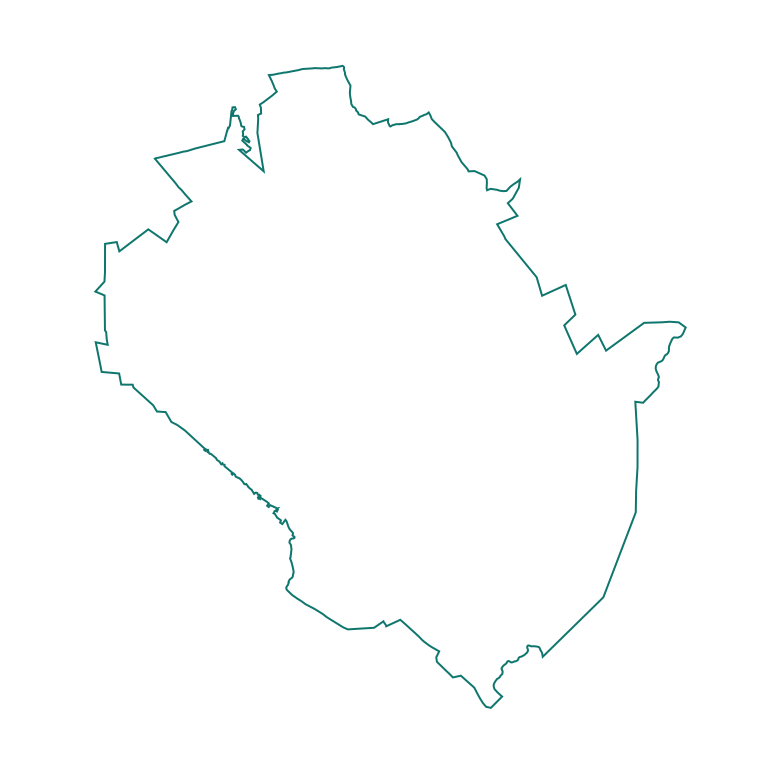 outline of Huitiupán, Chiapas, Mexico, rotated 5°
{"feature_id": "50627088B98108453745157", "entity_name": "Huitiupán", "entity_type": "district", "adm_level": 2, "iso_a3": "MEX", "parent_name": "Mexico", "parent_adm1": "Chiapas", "projection": "natural_earth1", "projection_center": [-92.702, 17.241], "detail": "fine", "context": "isolated", "style": "outline", "palette": "teal", "viewbox_px": 768, "rotation_deg": 5, "n_neighbors": 0, "source": "geoboundaries", "source_scale": "gbopen_adm2", "svg_char_len": 6124}
<svg xmlns="http://www.w3.org/2000/svg" viewBox="0 0 768 768"><g transform="rotate(5 384 384)"><path d="M646.0,489.9L644.5,468.9L643.8,444.7L641.5,417.8L635.9,379.8L643.8,380.1L645.7,377.6L650.1,372.4L653.0,368.7L656.3,364.8L657.6,362.7L657.7,358.5L657.5,357.6L656.8,356.7L656.6,356.0L656.7,355.0L657.2,353.5L657.0,352.4L655.8,350.1L654.3,347.6L653.3,345.0L653.3,342.5L654.0,340.4L655.1,338.8L658.4,337.1L659.5,336.0L660.5,333.8L660.9,332.3L661.5,331.1L662.4,330.2L663.4,329.6L664.2,328.4L664.9,326.5L664.7,322.8L664.8,321.3L665.9,317.7L667.2,314.1L668.6,312.4L670.0,312.3L672.7,312.2L675.6,310.7L677.4,308.0L679.6,301.4L672.2,296.9L663.0,297.1L655.6,298.3L637.8,300.4L602.3,331.4L593.1,316.4L573.5,337.2L558.4,309.9L568.6,298.2L556.4,269.5L533.8,282.3L526.8,264.4L492.3,229.0L491.0,226.5L482.8,215.0L502.3,204.8L491.6,193.1L496.1,188.2L501.2,176.8L501.7,168.3L499.5,170.7L495.7,173.7L492.6,176.5L489.2,181.0L485.9,181.5L482.2,181.3L479.9,180.7L473.1,180.3L469.8,182.0L469.4,180.7L469.1,179.5L469.0,175.0L468.5,171.0L466.0,167.6L455.7,164.0L449.8,164.8L448.5,162.7L441.9,156.2L437.4,149.5L436.3,147.3L430.8,141.2L429.9,138.2L428.7,136.2L426.5,132.7L422.8,127.7L419.9,125.3L411.3,118.4L408.5,115.9L407.0,112.8L404.9,109.6L402.6,111.7L400.4,112.5L399.1,113.5L396.4,114.7L395.2,116.5L393.6,117.8L388.9,120.0L386.0,121.1L383.3,122.4L378.5,123.6L377.4,123.5L376.3,124.0L375.0,123.9L373.3,124.2L369.8,125.5L369.2,126.0L367.8,126.9L367.5,126.8L366.9,126.1L365.4,123.4L365.0,122.1L365.1,119.9L350.4,126.1L348.2,124.3L344.9,122.0L342.0,119.2L335.9,117.8L335.0,117.3L334.6,115.8L332.4,114.0L332.1,112.7L330.6,111.1L329.0,110.7L327.1,108.1L326.4,104.5L325.6,101.9L324.6,97.2L324.6,89.7L321.3,84.8L319.3,81.3L318.1,78.8L318.2,77.8L316.5,73.8L316.8,72.7L316.4,71.6L315.1,70.7L309.6,72.3L303.8,73.5L302.4,74.2L301.2,74.4L298.7,74.5L297.6,74.5L294.7,75.0L286.7,75.4L286.0,75.7L276.1,77.2L274.2,77.7L271.6,78.7L259.2,82.2L256.7,82.6L255.0,83.2L251.4,84.1L246.9,85.5L242.4,86.3L244.5,89.7L244.5,90.0L245.7,91.7L248.3,96.7L249.1,98.6L251.7,102.1L247.5,106.4L239.2,113.9L235.9,116.5L237.3,119.5L238.0,125.3L235.0,127.0L235.6,131.2L236.0,144.9L245.6,182.6L219.2,163.4L222.7,162.7L223.5,163.1L226.4,165.6L226.8,165.2L229.2,163.2L230.1,162.7L230.6,160.5L229.7,159.9L226.9,158.3L226.8,157.9L221.6,153.8L222.4,152.0L223.0,152.1L226.2,154.2L228.4,155.0L228.8,153.9L227.5,152.5L227.3,152.0L225.0,149.6L223.7,150.5L221.7,149.1L221.9,147.7L221.3,144.6L222.9,142.5L222.2,140.1L219.9,139.8L219.3,139.3L218.5,136.3L217.1,133.2L216.2,131.8L216.2,130.8L215.3,129.5L210.1,130.1L210.0,128.6L210.6,125.2L212.5,123.2L211.4,121.2L209.0,121.6L208.8,124.6L208.3,125.3L208.1,137.9L208.0,140.1L206.9,142.7L206.3,142.5L205.9,145.1L205.7,145.1L203.8,156.0L175.0,166.0L167.3,169.2L163.9,170.0L159.5,171.6L136.5,179.2L136.1,179.5L158.8,202.1L160.9,204.4L162.1,205.8L165.3,208.3L169.7,212.7L176.3,218.9L170.1,222.8L159.9,229.9L160.7,233.7L165.1,240.6L161.0,248.8L155.1,261.7L135.7,250.5L108.8,274.9L105.4,265.9L93.9,268.7L96.3,296.9L96.6,306.4L88.4,317.1L97.9,320.1L101.2,353.4L101.4,355.0L102.7,356.5L103.9,363.6L105.3,369.0L93.2,367.6L99.3,388.3L101.7,396.6L119.2,396.6L122.3,407.5L133.7,406.6L134.7,409.3L155.9,425.3L160.2,431.2L168.9,431.0L175.5,440.4L181.5,442.8L189.8,447.7L209.1,462.6L211.7,464.4L210.6,465.2L210.8,465.6L212.1,466.2L212.3,465.6L212.2,464.6L213.5,465.0L214.0,466.3L214.5,465.8L214.5,466.9L214.9,466.7L215.1,466.8L215.4,467.7L216.3,468.6L216.5,468.4L218.1,469.0L223.4,472.7L223.9,473.9L224.9,474.6L226.8,475.6L228.9,478.2L229.9,477.2L230.1,478.0L232.2,478.4L232.3,479.8L240.5,485.5L240.0,486.8L240.8,487.6L242.1,486.3L243.6,487.5L244.3,489.2L247.2,490.3L247.4,490.2L248.3,490.8L248.8,490.9L249.6,491.5L251.8,493.6L253.6,495.9L254.7,496.0L255.5,495.6L257.5,497.9L257.5,498.1L259.3,499.6L260.6,500.5L260.9,500.5L260.8,500.2L264.2,504.8L264.7,504.4L264.7,503.9L265.7,503.4L267.3,503.6L267.8,504.9L268.4,505.5L269.2,505.7L269.5,505.3L270.8,506.3L269.8,507.5L269.0,506.9L268.3,508.2L268.9,509.2L269.8,508.6L269.9,509.0L270.6,509.4L271.0,508.1L277.0,511.2L279.6,512.9L278.2,515.5L278.8,516.0L279.9,516.6L281.1,514.6L286.0,516.3L288.6,517.3L288.9,517.2L288.0,518.4L289.1,518.7L288.4,520.4L286.9,519.8L286.1,520.2L285.2,522.4L286.6,522.9L289.2,526.4L293.2,528.8L292.6,531.1L294.9,532.4L297.6,527.9L298.2,528.5L298.7,529.0L299.1,529.7L301.3,534.7L302.3,536.3L303.5,537.7L306.1,540.1L306.4,541.1L306.0,542.6L306.8,543.4L307.4,543.6L308.3,544.4L308.0,545.3L307.4,545.6L307.2,545.8L305.7,546.0L304.5,546.8L304.1,547.5L303.7,548.6L303.6,550.2L304.0,550.8L305.1,552.1L305.5,553.1L305.8,555.0L306.3,556.7L306.1,559.0L306.2,561.4L306.0,562.6L306.0,564.9L305.6,565.9L307.5,569.9L309.3,575.1L310.2,578.3L310.3,579.3L310.3,580.4L310.0,581.4L309.9,583.3L309.8,584.1L309.1,585.2L307.1,587.0L306.6,588.1L306.1,589.7L306.5,590.1L305.6,592.9L305.1,593.7L304.8,594.4L304.4,595.2L304.4,595.8L304.6,596.5L305.3,597.7L311.0,602.3L316.6,605.5L320.2,607.3L325.2,610.3L334.6,614.2L343.1,618.5L347.2,621.2L364.6,630.0L369.4,631.6L395.4,627.7L404.1,620.5L404.3,621.0L406.9,624.0L407.3,625.2L420.8,617.5L426.3,621.5L440.7,632.5L444.1,635.5L446.4,637.2L451.7,640.5L455.4,642.4L462.3,645.5L459.9,651.6L460.9,656.1L470.8,664.2L474.0,666.7L478.2,670.3L486.0,667.9L500.4,678.6L504.5,685.1L507.6,689.6L510.6,693.5L513.9,696.7L518.7,697.3L528.9,685.1L523.9,681.3L520.6,678.2L519.6,675.7L519.5,674.0L519.9,672.5L521.1,669.9L521.6,669.3L522.2,668.1L524.0,666.9L524.6,666.1L525.3,665.4L525.4,664.5L527.2,662.4L527.2,661.4L527.3,660.8L527.2,660.2L527.0,659.3L526.2,658.3L526.2,657.9L525.9,657.3L526.0,656.7L527.0,654.8L528.0,653.7L530.0,651.9L530.6,651.0L530.9,650.0L531.7,649.3L532.2,649.1L533.9,649.7L535.0,650.3L536.4,650.0L538.0,649.0L538.5,649.0L539.5,648.7L541.2,647.6L541.8,646.5L541.9,645.6L542.1,645.0L542.6,644.5L543.3,644.0L545.0,643.5L545.7,642.8L546.6,642.4L548.1,641.1L549.9,639.1L550.3,638.3L550.4,637.6L550.6,637.4L550.6,636.3L549.7,634.2L549.6,633.3L549.9,632.2L550.5,631.9L551.5,631.9L553.4,632.5L555.7,632.2L558.7,632.2L561.1,632.5L561.9,633.2L563.2,635.7L564.5,637.4L565.1,638.8L565.9,641.9L621.1,577.4L646.0,489.9Z" fill="none" stroke="#0f766e" stroke-width="2"/></g></svg>